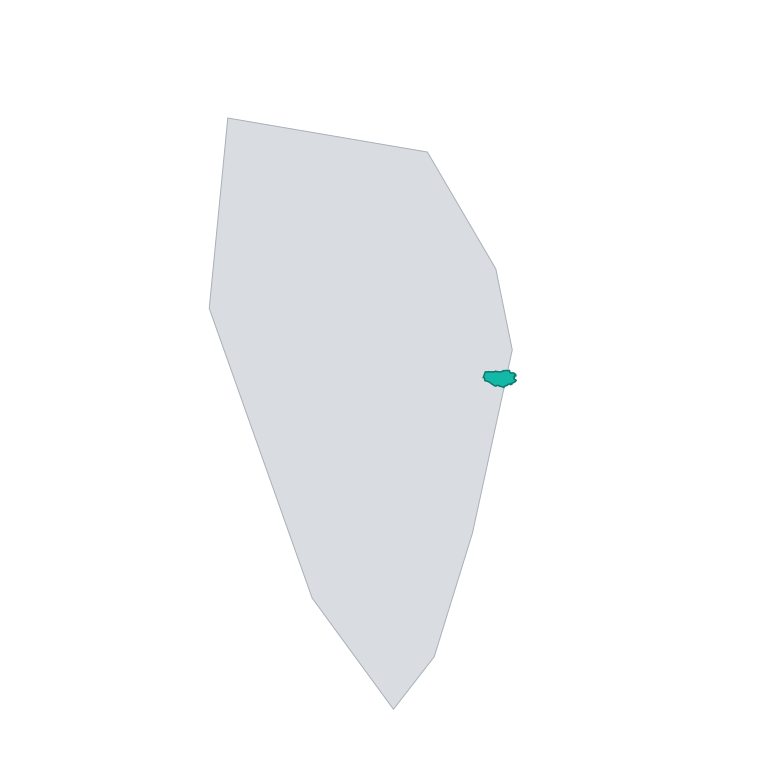 Theodorine, Anse-la-Raye, Saint Lucia shown in context, rotated 158°
{"feature_id": "8701671B76033822027974", "entity_name": "Theodorine", "entity_type": "district", "adm_level": 2, "iso_a3": "LCA", "parent_name": "Saint Lucia", "parent_adm1": "Anse-la-Raye", "projection": "albers", "projection_center": [-61.054, 13.929], "detail": "fine", "context": "in_parent", "style": "filled", "palette": "teal", "viewbox_px": 768, "rotation_deg": 158, "n_neighbors": 0, "source": "geoboundaries", "source_scale": "gbopen_adm2", "svg_char_len": 3628}
<svg xmlns="http://www.w3.org/2000/svg" viewBox="0 0 768 768"><g transform="rotate(158 384 384)"><path d="M517.7,519.6L429.2,689.1L256.9,582.8L237.2,448.8L252.3,367.6L357.7,212.8L439.7,112.2L497.1,78.9L530.8,212.4L517.7,519.6Z" fill="#d9dde1" stroke="#a8b0b8" stroke-width="1"/><path d="M275.4,353.8L275.8,354.1L276.0,353.9L276.6,353.9L276.8,353.9L277.1,353.9L277.3,354.1L277.5,354.2L277.9,354.2L278.1,354.2L278.2,354.4L278.5,354.5L279.0,354.7L280.1,355.2L280.3,355.2L280.7,355.4L281.1,355.5L281.6,355.8L281.9,356.0L282.2,356.2L282.3,356.2L283.0,356.2L283.3,356.3L283.6,356.6L283.9,356.7L284.1,356.8L284.3,356.8L284.6,356.9L285.0,357.1L285.5,357.3L289.6,352.8L289.5,352.7L289.4,352.7L289.0,352.2L288.8,351.9L288.6,351.7L288.6,351.4L288.6,351.1L288.7,350.8L288.8,350.7L289.0,350.4L289.1,350.2L289.2,349.7L289.1,349.2L288.9,349.0L288.5,348.7L288.3,348.6L287.4,348.1L286.7,347.4L286.0,346.6L285.1,345.5L284.1,343.8L283.8,343.1L283.6,342.9L283.3,342.7L282.9,342.4L282.7,342.0L282.6,341.5L282.4,341.3L282.3,341.2L282.0,340.9L281.6,340.5L281.4,340.3L281.2,340.2L280.9,340.1L280.7,340.2L280.5,340.3L280.4,340.3L279.9,340.4L279.7,340.3L279.5,340.2L279.3,340.1L279.2,340.0L278.7,339.9L278.4,339.7L278.1,339.5L278.0,339.4L277.9,339.1L277.8,338.8L277.7,338.7L277.4,338.5L277.2,338.4L276.9,338.3L276.7,338.1L276.3,337.8L276.0,337.6L275.7,337.4L275.6,337.2L275.4,337.1L274.1,335.9L274.0,336.0L273.7,336.2L273.5,336.5L273.4,336.6L273.1,336.7L272.9,336.7L272.6,336.7L272.4,336.8L272.1,336.9L271.7,336.8L271.5,336.7L271.3,336.8L271.1,336.7L270.9,336.6L270.6,336.6L270.4,336.6L270.1,336.7L270.0,336.8L269.9,336.8L269.7,336.9L269.6,337.0L269.4,337.0L268.9,337.1L268.7,337.1L268.4,337.2L268.2,337.2L267.8,337.3L267.7,337.2L267.5,336.8L267.5,336.7L267.4,336.6L267.1,336.3L267.1,336.2L266.9,336.1L266.7,335.9L266.4,336.0L266.1,336.3L266.0,336.2L265.9,336.1L265.7,336.2L265.7,336.3L265.5,336.5L265.6,336.8L265.5,336.7L265.5,336.8L265.4,336.8L265.2,336.8L264.9,336.9L264.7,336.8L264.4,336.7L264.0,336.7L263.8,336.7L263.6,336.7L263.4,336.7L263.0,336.9L262.9,336.8L262.7,336.9L262.4,337.0L262.1,337.2L261.9,337.1L261.6,337.0L261.3,337.2L261.2,337.3L260.9,337.3L260.6,337.4L260.4,337.5L260.2,337.7L260.2,337.9L260.2,338.1L260.2,338.3L260.3,338.5L260.7,338.9L260.8,339.0L261.1,339.2L261.1,339.3L261.3,339.4L261.3,339.6L261.4,339.8L261.4,340.0L261.4,340.3L261.3,340.6L261.4,340.4L261.5,340.2L261.5,339.9L261.5,340.1L261.5,340.3L261.4,340.6L261.2,340.7L261.0,340.8L261.1,341.0L261.0,341.3L261.0,341.2L261.1,340.9L261.2,341.0L261.1,341.3L260.9,341.4L260.7,341.3L260.5,341.5L260.6,341.8L260.4,342.0L260.5,342.0L260.5,342.4L260.4,342.4L260.2,342.3L259.8,342.3L259.7,342.3L259.5,342.2L259.4,342.2L259.2,342.2L259.3,342.3L259.2,342.3L259.3,342.5L259.2,342.7L259.3,342.6L259.3,342.8L259.2,342.8L258.9,343.0L258.7,343.0L258.6,342.9L258.5,343.0L258.4,343.1L258.5,343.2L258.6,343.4L258.6,343.5L258.8,343.6L258.7,343.8L258.8,344.0L258.8,344.4L258.8,344.5L259.0,344.6L259.0,344.8L259.1,345.0L259.3,345.0L259.5,345.3L259.7,345.5L259.8,345.7L259.9,345.8L260.0,345.8L260.2,346.0L260.3,346.0L260.5,346.0L261.0,346.2L261.3,346.2L261.4,346.3L261.5,346.3L261.7,346.5L261.8,346.6L262.0,346.6L262.1,346.8L262.3,347.1L262.5,347.2L262.7,347.3L262.8,347.6L262.8,347.8L262.8,348.1L262.8,348.5L262.7,348.8L262.7,349.0L262.6,349.3L262.6,349.6L263.7,349.8L264.4,350.2L265.0,350.5L265.6,350.8L266.5,351.0L267.4,351.2L267.9,351.5L268.3,351.7L268.6,351.7L269.0,351.3L269.5,351.3L269.7,351.5L269.9,351.5L270.8,351.5L271.5,351.5L271.8,351.6L273.1,352.4L273.6,352.7L273.9,352.9L274.6,353.1L275.1,353.4L275.2,353.7L275.4,353.8Z" fill="#14b8a6" stroke="#0f766e" stroke-width="1.5"/></g></svg>